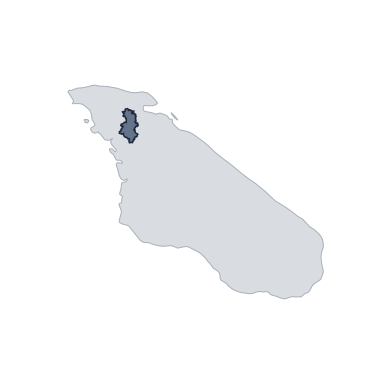 location of Befandriana Nord, Sofia, Madagascar, rotated 291°
{"feature_id": "10022922B32579750162608", "entity_name": "Befandriana Nord", "entity_type": "district", "adm_level": 2, "iso_a3": "MDG", "parent_name": "Madagascar", "parent_adm1": "Sofia", "projection": "albers", "projection_center": [48.822, -15.151], "detail": "fine", "context": "in_parent", "style": "filled", "palette": "slate", "viewbox_px": 384, "rotation_deg": 291, "n_neighbors": 0, "source": "geoboundaries", "source_scale": "gbopen_adm2", "svg_char_len": 8175}
<svg xmlns="http://www.w3.org/2000/svg" viewBox="0 0 384 384"><g transform="rotate(291 192 192)"><path d="M248.2,48.3L249.2,50.7L250.4,53.0L254.0,58.4L255.6,60.5L256.9,62.8L257.6,67.3L259.9,74.2L262.0,84.6L262.6,95.3L263.2,100.2L264.9,104.8L267.7,109.6L268.5,115.0L266.8,120.5L264.3,125.6L263.6,126.6L262.5,127.9L262.0,127.8L260.0,126.5L258.4,124.3L256.4,119.1L255.7,116.5L254.8,116.1L252.5,116.3L250.7,117.9L250.4,119.0L250.8,121.9L251.4,124.5L251.7,127.1L251.7,130.5L252.4,131.5L253.3,132.3L254.3,134.5L254.4,139.7L253.8,142.3L252.1,144.6L252.2,145.8L252.8,147.1L252.2,147.9L250.0,148.8L249.1,149.7L247.9,152.0L245.9,156.7L245.7,159.0L246.9,166.3L246.5,171.5L244.0,181.3L242.6,186.0L240.6,191.6L237.5,198.9L234.5,208.1L231.9,217.6L230.0,223.3L227.9,229.0L225.0,238.9L222.5,248.9L218.8,260.0L213.8,272.4L213.3,274.0L212.2,280.2L211.1,285.7L209.8,291.1L207.0,300.0L206.7,302.8L206.1,305.4L203.4,311.0L202.3,313.1L201.5,315.3L201.0,318.1L200.2,320.8L198.3,325.8L195.4,330.0L193.4,331.6L189.0,333.9L186.8,334.4L182.0,334.5L177.3,335.8L172.4,338.3L167.7,341.2L165.9,342.6L163.9,343.3L157.6,343.6L155.8,343.0L149.4,338.5L147.0,337.8L142.4,337.3L141.0,336.9L139.7,336.3L137.8,333.9L134.1,332.0L133.2,331.3L132.6,329.9L132.2,328.4L131.2,326.7L130.4,323.5L129.1,321.3L125.6,317.3L125.2,316.1L124.8,311.8L124.9,308.9L124.4,303.7L124.8,301.2L125.9,298.9L125.4,296.5L124.0,294.0L123.5,291.3L122.5,289.0L118.8,284.7L117.9,282.6L117.2,280.4L115.7,273.6L115.5,271.2L115.6,266.1L116.0,263.5L116.8,261.6L117.0,260.3L117.6,259.1L118.4,258.1L118.9,257.0L120.1,250.5L121.8,249.0L124.3,248.1L126.3,246.3L127.5,244.0L128.5,239.3L131.6,234.5L132.7,232.0L135.2,228.2L137.4,222.9L138.1,220.4L138.5,217.9L139.0,212.3L139.4,209.5L139.3,206.8L137.9,204.0L134.6,198.9L134.5,198.0L134.7,194.2L134.3,191.4L133.1,188.7L131.6,186.1L130.0,181.3L129.1,173.4L129.2,170.5L128.7,167.9L127.6,165.5L128.2,161.2L137.4,145.5L137.7,143.6L137.2,138.9L137.4,136.2L137.7,135.1L138.4,134.5L140.0,134.2L147.8,133.4L148.7,132.9L150.6,131.5L153.3,129.0L154.5,128.2L155.5,128.5L156.2,129.5L157.1,130.1L160.2,128.9L161.4,128.9L162.6,129.0L163.2,128.0L163.5,126.6L163.9,125.5L164.8,125.0L168.8,124.6L171.3,124.2L174.7,123.1L175.4,123.3L178.1,126.8L178.9,127.1L179.9,127.3L180.8,126.6L178.7,124.8L178.3,123.7L178.4,122.5L179.6,120.0L181.5,118.0L185.8,115.0L190.3,111.5L191.6,111.3L192.7,111.8L193.6,115.8L193.5,116.5L194.2,116.6L195.0,116.1L195.7,114.4L195.8,113.1L195.2,111.8L194.9,110.7L194.8,109.7L197.1,107.3L198.9,105.0L199.7,102.3L200.4,101.0L202.3,99.6L202.9,99.8L203.3,100.9L203.6,102.1L203.1,103.4L202.4,104.6L202.1,106.2L203.2,106.5L204.2,106.1L205.7,103.2L207.3,100.4L208.3,99.0L209.6,98.0L211.7,98.2L213.7,98.8L210.4,95.9L209.5,92.0L213.5,85.2L213.5,83.8L214.1,83.3L214.4,82.8L212.3,80.5L211.9,79.3L212.2,77.6L213.1,76.1L214.0,75.0L215.3,74.6L216.3,75.1L218.5,77.0L220.0,77.3L221.8,75.5L223.3,73.2L225.5,71.7L228.0,70.7L231.9,67.1L234.4,59.7L234.6,57.5L234.0,54.8L233.1,52.3L231.7,49.2L232.0,48.5L234.1,48.9L234.9,48.5L237.1,45.7L240.9,40.4L242.2,40.4L243.2,41.4L243.6,42.9L244.4,43.9L246.9,46.5L248.2,48.3ZM221.9,69.3L221.9,70.1L219.1,69.8L218.6,67.0L220.0,66.9L220.3,65.7L221.2,65.6L222.1,68.1L221.9,69.3ZM256.5,149.1L254.0,153.2L254.7,149.8L257.6,144.8L258.4,144.4L256.5,149.1Z" fill="#d9dde1" stroke="#a8b0b8" stroke-width="1"/><path d="M246.7,101.8L246.5,101.7L246.4,101.5L246.1,101.1L246.0,100.6L245.8,100.5L245.6,100.1L245.0,100.3L244.6,100.1L244.4,100.2L243.9,100.5L243.7,100.3L243.4,100.4L243.2,100.6L242.8,100.5L242.7,100.3L242.7,100.2L242.8,100.2L242.6,99.8L242.5,99.5L242.5,99.3L242.4,99.1L242.2,98.5L242.0,98.3L241.8,98.5L241.7,98.7L241.5,98.8L241.7,99.0L241.7,99.4L241.5,99.5L241.5,99.8L241.4,99.9L241.2,99.9L241.2,100.1L240.9,100.2L240.8,100.6L240.5,100.5L240.3,100.5L240.2,100.7L240.1,100.8L239.9,100.8L239.7,100.8L239.6,100.6L239.3,100.7L239.0,100.9L238.8,100.6L238.6,100.8L238.5,100.7L238.3,100.8L238.2,100.6L238.0,100.8L238.2,101.1L238.1,101.4L238.2,101.5L238.3,101.5L238.6,102.0L238.6,102.3L238.4,102.4L238.2,102.8L237.7,103.1L237.4,103.2L237.2,103.3L237.1,103.7L237.0,104.1L237.1,104.3L236.7,104.4L236.4,104.3L236.2,104.6L235.7,104.8L235.6,105.0L234.7,105.1L234.3,105.4L234.1,105.5L233.8,105.5L233.5,105.6L233.6,105.4L233.6,105.2L233.4,105.1L233.4,104.9L233.1,104.5L233.1,104.4L233.0,104.0L232.7,103.9L232.5,103.7L232.3,103.7L232.2,103.6L231.9,103.5L231.4,103.4L231.2,103.1L231.0,102.8L230.6,102.7L230.5,102.3L230.3,102.2L230.2,102.1L230.1,101.8L230.0,101.7L229.8,101.8L229.5,101.8L229.4,102.0L229.1,102.0L229.0,101.6L228.8,101.6L228.7,101.6L228.6,101.9L228.3,102.1L228.3,102.5L228.5,102.9L228.3,103.0L228.6,103.2L228.5,103.4L228.5,103.7L228.3,103.5L228.0,103.4L227.9,103.6L227.9,103.8L227.9,104.0L227.6,104.2L226.8,104.0L226.6,103.9L226.3,103.9L226.1,104.0L225.7,103.7L225.5,103.4L224.9,103.3L224.6,103.3L224.2,103.7L224.0,103.8L223.9,103.8L223.1,103.6L223.1,103.3L222.6,102.7L222.0,102.6L221.3,103.0L221.1,103.8L220.8,103.6L220.8,103.9L221.0,104.1L221.0,104.3L221.1,104.5L221.2,104.9L221.0,105.0L220.9,105.1L220.9,105.3L220.9,105.5L221.0,105.5L220.8,105.6L220.8,105.8L220.8,106.1L220.9,105.9L221.2,106.4L221.3,106.4L221.5,106.4L221.5,106.2L221.7,106.6L221.9,106.7L222.0,106.9L222.1,107.2L221.8,107.3L221.5,107.3L221.4,107.3L221.2,107.2L221.0,107.4L220.8,107.6L220.6,107.8L220.0,108.3L219.6,109.0L219.4,109.2L219.4,109.3L219.3,109.6L219.3,110.5L219.6,110.9L219.6,111.3L219.2,112.0L219.0,112.4L218.8,112.5L218.6,112.8L218.6,113.0L218.7,113.3L218.8,113.2L218.9,113.9L219.0,113.9L219.0,114.0L219.3,114.1L219.3,114.5L219.1,114.7L218.5,114.7L218.2,114.9L217.9,114.9L217.7,114.7L217.2,114.7L217.2,114.9L217.0,115.0L216.8,115.1L216.6,115.4L216.4,115.5L216.3,115.4L216.1,115.5L215.9,115.8L215.7,115.8L215.5,116.1L215.7,116.3L215.8,116.2L216.2,116.8L216.4,117.2L216.4,117.3L216.6,118.1L216.8,118.2L216.8,118.6L217.4,118.4L217.8,118.7L218.2,118.7L218.4,118.8L218.8,118.7L218.8,118.8L219.0,118.7L219.3,118.7L219.4,118.8L219.5,118.7L219.7,119.0L220.0,119.1L220.5,119.0L220.7,119.5L221.0,119.6L221.5,119.2L221.4,119.0L221.4,118.8L221.9,118.9L222.5,119.1L222.8,119.1L223.0,119.1L223.2,119.5L223.3,120.0L223.9,120.1L224.0,120.3L224.0,120.7L224.1,120.8L225.6,120.5L226.0,120.6L226.4,120.8L226.5,120.8L226.5,120.2L226.8,120.0L226.8,119.6L226.7,119.3L226.8,118.9L226.9,118.3L227.3,117.9L227.3,117.6L227.6,117.6L228.2,117.1L228.8,116.9L228.8,116.7L228.7,116.5L228.8,116.4L228.7,116.1L228.8,115.7L229.4,115.7L229.4,116.1L229.6,116.2L229.8,116.2L230.0,116.2L230.5,115.6L230.8,115.5L230.8,115.4L231.0,115.4L231.1,115.6L231.4,115.7L231.9,116.0L232.3,115.9L232.4,116.0L232.9,116.0L233.0,116.1L233.4,116.1L233.5,116.2L233.5,116.5L233.7,116.8L233.8,116.9L233.5,117.3L233.7,117.5L234.0,117.5L234.2,117.4L234.4,117.7L234.7,117.8L234.8,117.4L235.0,117.4L235.2,117.1L235.4,117.2L235.5,116.8L235.8,116.6L236.1,116.7L236.2,116.8L236.3,116.6L236.5,116.6L236.9,116.4L236.8,116.2L236.7,116.1L236.7,115.7L236.6,115.4L236.5,115.2L236.5,114.8L236.3,114.8L236.4,114.6L236.3,114.2L236.7,114.2L237.2,114.3L237.2,114.1L237.4,114.1L237.4,113.9L237.6,114.1L238.0,113.9L238.3,113.8L238.3,114.0L238.5,114.1L238.7,113.8L239.1,113.7L239.4,113.6L239.6,113.5L239.6,113.4L239.8,113.4L240.1,113.3L240.1,113.2L240.2,112.9L240.4,112.7L240.7,112.8L240.8,112.7L241.0,112.6L241.4,112.7L241.5,112.6L241.8,112.6L242.0,112.5L242.3,112.7L242.4,112.4L242.5,112.4L242.6,112.2L242.9,112.0L242.8,111.8L243.0,111.6L243.3,111.8L243.6,111.6L243.7,111.8L243.8,111.9L244.3,111.5L244.4,110.7L244.4,110.1L244.2,110.0L244.3,109.7L244.2,109.6L244.3,109.3L244.1,109.1L244.0,108.9L243.9,108.8L244.0,108.3L244.1,108.1L244.0,107.9L244.4,107.8L244.2,107.8L244.3,107.9L244.5,108.0L244.5,107.8L244.7,108.0L244.8,108.1L244.9,107.9L245.0,108.2L245.2,108.3L245.3,108.3L245.2,108.4L245.3,108.5L245.3,108.4L245.5,108.3L245.6,108.6L245.6,108.8L245.6,108.7L245.8,108.7L245.7,108.6L245.8,108.5L245.8,108.3L246.2,108.3L246.1,108.2L246.0,107.8L246.1,107.3L246.2,107.2L246.3,106.9L246.4,106.7L246.4,106.4L246.2,106.2L246.3,105.2L246.3,104.8L246.5,104.7L246.4,104.3L246.2,104.4L245.8,104.4L245.7,104.3L245.7,104.0L245.5,103.8L245.4,103.5L245.5,103.3L245.8,103.2L246.1,103.1L246.3,103.0L246.4,102.8L246.6,102.4L246.7,101.8Z" fill="#64748b" stroke="#1e293b" stroke-width="1.5"/></g></svg>